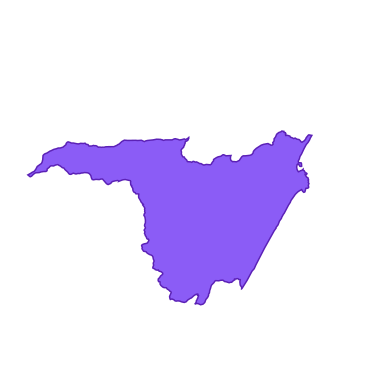 outline of Limon, Limón, Costa Rica, rotated 59°
{"feature_id": "36466004B50274844038256", "entity_name": "Limon", "entity_type": "district", "adm_level": 2, "iso_a3": "CRI", "parent_name": "Costa Rica", "parent_adm1": "Limón", "projection": "equal_earth", "projection_center": [-83.21, 9.776], "detail": "fine", "context": "isolated", "style": "filled", "palette": "violet", "viewbox_px": 384, "rotation_deg": 59, "n_neighbors": 0, "source": "geoboundaries", "source_scale": "gbopen_adm2", "svg_char_len": 6016}
<svg xmlns="http://www.w3.org/2000/svg" viewBox="0 0 384 384"><g transform="rotate(59 192 192)"><path d="M300.5,199.3L300.5,199.0L296.1,190.3L290.8,181.4L289.8,178.2L287.4,174.8L277.3,158.5L267.5,141.4L266.3,138.6L266.0,138.6L265.5,137.8L264.5,135.2L261.9,131.9L260.7,129.0L259.9,128.1L258.1,125.0L257.7,123.9L252.9,116.0L251.5,113.1L250.3,111.6L247.2,104.6L246.4,101.3L246.3,99.1L246.4,96.8L248.2,96.8L249.5,96.5L249.9,96.3L250.0,95.7L250.0,95.1L247.5,92.5L248.4,90.7L248.1,89.6L247.0,89.1L246.6,89.2L246.2,89.2L246.5,89.2L244.8,87.3L243.8,87.5L242.6,86.4L241.6,86.4L241.5,85.8L239.5,85.3L238.2,86.1L235.6,86.1L235.9,85.3L235.9,84.7L235.5,84.0L234.7,84.1L234.1,85.2L233.5,84.9L231.4,84.9L230.4,85.6L229.7,85.1L230.0,86.8L229.6,88.1L229.7,89.4L229.4,90.4L226.9,90.4L224.4,89.4L222.6,87.7L222.5,86.9L223.5,86.3L225.5,86.3L226.3,85.4L226.4,84.7L224.0,83.5L223.3,83.4L221.7,85.5L220.8,85.3L220.1,84.8L218.9,82.9L217.2,81.2L215.8,78.5L212.5,73.6L210.1,69.5L209.3,67.1L207.9,64.4L206.7,62.8L205.2,60.1L203.2,62.4L203.2,63.1L204.3,66.2L205.1,67.2L205.9,69.2L206.0,72.1L204.8,72.8L204.1,72.7L202.2,73.2L200.7,74.9L198.9,75.8L198.6,77.3L196.7,78.5L195.8,79.4L194.5,79.3L193.8,79.9L192.6,81.0L191.8,82.6L191.3,82.5L191.0,82.0L190.7,82.1L190.3,81.5L189.2,81.4L188.5,82.3L187.7,82.3L187.4,82.0L186.0,83.6L186.2,84.7L185.7,87.1L186.1,89.7L187.8,92.0L188.8,94.4L189.8,94.8L190.7,95.8L191.3,97.4L192.7,97.8L193.0,98.4L193.0,99.5L192.2,100.5L191.3,100.7L190.8,101.3L189.6,101.9L188.0,106.1L187.5,108.6L187.7,114.3L188.2,116.8L188.8,118.4L190.1,119.7L190.7,121.6L190.4,123.4L188.3,128.0L187.6,129.0L187.3,130.0L187.5,131.4L189.3,135.2L189.0,138.4L187.4,140.5L187.0,141.5L185.0,142.4L183.0,141.8L181.4,140.6L180.8,139.8L178.5,144.2L176.4,145.6L176.0,146.4L176.2,148.9L175.3,151.5L175.1,153.5L175.2,156.5L175.4,156.9L176.4,157.5L177.1,159.6L178.0,160.9L178.1,162.3L175.7,165.6L175.2,167.5L174.7,168.3L172.2,169.7L171.7,170.7L169.4,172.0L168.4,172.8L168.1,173.8L166.7,174.7L166.3,175.3L166.4,177.0L165.6,177.5L163.6,180.3L161.8,180.1L159.3,180.8L158.2,180.6L157.8,180.8L157.4,181.6L156.3,181.8L154.0,181.6L152.3,180.4L150.9,180.1L150.3,179.5L149.9,178.6L149.3,176.1L148.6,175.5L148.2,174.6L147.2,173.6L146.7,172.8L145.7,172.2L145.5,171.4L145.6,169.4L145.4,168.7L144.2,167.0L143.6,166.7L143.9,168.3L143.7,170.7L142.5,171.3L141.9,173.6L141.0,175.9L139.8,176.8L137.7,178.9L137.3,180.0L137.1,182.2L134.0,187.3L133.5,188.2L133.2,189.6L132.7,190.2L132.2,190.4L130.6,192.0L128.5,195.2L127.3,198.5L125.0,203.4L124.4,205.1L124.2,206.9L121.6,208.7L119.9,212.0L118.6,213.8L114.8,220.4L112.7,223.3L112.6,226.2L113.4,229.9L113.2,230.8L113.3,232.4L112.9,235.6L109.5,241.4L108.7,243.0L108.4,244.2L107.5,245.6L106.9,246.9L106.1,247.7L105.4,249.2L103.9,249.8L102.8,250.5L102.1,251.7L101.3,252.5L100.9,254.3L99.7,256.4L99.3,256.7L97.8,256.7L96.6,258.1L95.1,258.5L94.5,260.1L92.9,262.4L92.4,264.4L91.8,265.3L88.9,268.5L88.0,270.1L86.7,271.0L85.2,272.4L85.1,273.2L85.3,274.1L85.6,274.9L86.3,275.4L86.5,275.7L87.1,279.5L86.4,282.3L85.4,284.0L85.0,286.2L84.3,288.4L84.0,291.8L83.8,292.4L83.9,296.3L83.5,298.3L83.6,299.7L84.0,300.9L87.4,303.3L89.3,305.2L90.0,306.5L90.4,311.5L92.0,314.1L93.0,316.4L92.8,319.1L92.9,320.3L92.8,323.9L95.4,323.0L95.7,322.6L95.8,321.3L95.2,319.0L95.0,317.4L95.0,316.2L96.7,312.9L97.0,311.2L98.0,308.7L99.2,306.6L99.1,305.3L97.8,304.4L97.6,303.9L97.3,301.4L96.9,300.7L96.9,299.7L97.2,298.9L98.4,297.2L98.6,295.1L99.3,293.1L99.7,292.7L100.9,292.2L101.8,291.5L104.4,290.6L105.4,289.5L107.6,289.3L110.8,288.3L113.0,288.1L113.8,287.7L114.5,286.7L114.7,284.1L116.8,282.2L117.4,280.2L118.4,278.7L118.8,276.9L119.4,275.9L120.0,274.1L121.7,271.7L123.0,270.7L124.7,270.3L126.0,270.3L128.3,271.0L129.9,271.1L130.8,270.2L131.7,267.8L133.6,265.1L134.0,263.3L134.9,262.0L140.9,261.0L142.4,260.1L142.8,257.2L142.2,256.0L142.1,254.7L142.9,252.0L143.9,249.7L144.6,249.4L145.1,248.7L145.2,248.9L145.9,245.1L146.9,242.8L150.6,239.0L151.6,239.2L152.2,239.8L154.3,240.8L154.8,240.8L155.3,240.4L155.9,240.9L158.4,240.9L160.0,241.7L161.0,241.9L162.3,241.8L163.2,241.1L164.7,241.0L165.8,239.3L166.4,238.7L167.8,239.8L169.4,240.6L172.7,240.6L174.7,240.8L177.5,240.1L177.6,240.9L181.0,240.7L181.8,240.9L182.2,241.5L183.6,242.0L184.2,242.6L185.7,242.9L186.0,243.9L187.1,245.2L189.3,245.3L192.1,246.4L194.5,247.9L195.4,249.2L196.2,249.9L197.0,250.2L198.3,250.2L199.0,250.6L199.7,252.2L200.1,252.7L201.8,252.8L203.1,254.1L204.5,254.1L205.3,254.5L206.5,254.3L208.8,254.7L209.5,254.4L209.9,253.7L210.7,253.7L211.3,254.0L212.7,256.3L212.5,257.8L211.8,259.7L211.5,261.5L211.6,262.2L212.1,262.9L213.9,263.1L214.4,263.8L215.1,264.1L217.8,264.0L219.6,262.1L221.3,261.9L223.6,260.7L225.3,259.3L226.3,258.9L227.4,258.9L229.6,259.7L231.7,260.0L232.8,261.6L233.6,262.2L234.9,262.5L236.4,264.4L237.2,264.7L238.8,263.5L239.6,263.5L240.4,262.8L241.1,262.1L241.6,261.0L242.9,261.0L244.6,259.4L246.3,258.9L247.2,259.3L247.6,260.5L247.8,262.2L248.7,263.9L249.1,265.6L250.2,266.5L251.6,266.8L252.2,265.9L252.6,265.7L254.5,266.8L256.0,266.8L258.3,266.1L259.5,265.3L260.9,263.3L262.6,263.2L263.3,262.7L264.9,262.1L265.8,262.0L266.5,261.5L267.5,261.6L269.8,264.8L270.3,265.2L272.3,265.9L273.0,265.9L273.2,264.8L273.5,264.2L274.9,263.1L276.6,262.6L277.4,261.7L278.1,260.1L279.2,258.7L280.7,257.6L282.7,255.5L283.1,253.5L282.4,251.4L282.3,248.5L282.5,247.0L281.8,243.6L281.8,241.2L282.4,239.7L282.6,239.6L282.9,240.2L283.3,240.5L283.9,239.8L284.3,239.8L285.3,241.2L285.9,241.5L286.1,242.2L287.1,243.4L287.3,244.1L288.7,245.3L289.4,246.9L289.7,246.8L290.0,245.4L290.9,244.2L293.1,242.7L293.8,240.4L293.3,238.0L291.3,235.5L290.5,233.1L289.4,231.3L288.1,230.4L287.4,229.0L285.6,227.6L283.8,225.4L282.9,224.6L281.8,223.1L281.0,219.9L280.2,218.3L280.2,217.3L281.9,214.8L282.5,212.8L283.5,210.9L285.5,210.2L286.5,209.0L288.9,206.9L289.1,205.9L289.8,204.5L289.3,202.1L289.3,200.6L288.6,200.5L288.6,200.0L289.3,199.0L289.3,198.4L289.9,197.3L291.2,196.9L291.9,195.8L292.1,195.8L293.6,197.2L296.6,198.6L299.3,198.5L300.5,199.3Z" fill="#8b5cf6" stroke="#5b21b6" stroke-width="1.5"/></g></svg>